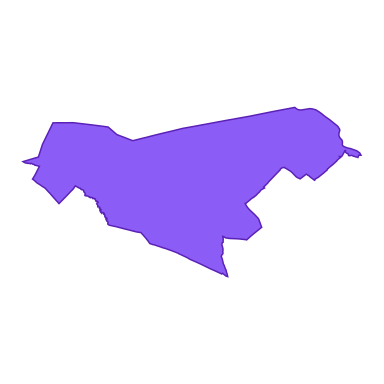 outline of Musenita, Suceava, Romania
{"feature_id": "2599482B233708052654", "entity_name": "Musenita", "entity_type": "district", "adm_level": 2, "iso_a3": "ROU", "parent_name": "Romania", "parent_adm1": "Suceava", "projection": "equal_earth", "projection_center": [25.971, 47.952], "detail": "fine", "context": "isolated", "style": "filled", "palette": "violet", "viewbox_px": 384, "rotation_deg": 0, "n_neighbors": 0, "source": "geoboundaries", "source_scale": "gbopen_adm2", "svg_char_len": 5733}
<svg xmlns="http://www.w3.org/2000/svg" viewBox="0 0 384 384"><path d="M177.4,253.0L178.0,253.0L178.3,253.4L178.6,253.7L179.7,254.1L187.7,257.9L189.9,259.3L192.2,260.3L197.2,262.5L200.9,264.2L211.4,269.3L212.5,269.7L221.8,274.0L222.6,273.3L225.9,276.0L227.7,276.6L227.2,274.3L226.4,271.8L226.2,270.7L226.1,270.2L224.9,267.6L224.4,265.9L223.7,264.5L223.1,263.1L223.0,262.0L222.8,261.2L222.5,260.2L222.3,259.0L221.7,257.6L221.3,256.7L221.2,256.3L221.6,255.9L221.9,254.8L222.7,254.1L222.8,253.6L223.0,253.0L222.8,251.6L222.8,251.2L223.0,250.6L222.9,249.9L223.0,249.3L222.9,248.4L222.4,246.5L221.9,244.9L222.2,242.9L222.3,242.7L222.7,242.5L223.1,242.3L223.2,239.1L223.1,238.1L222.7,236.4L223.0,236.4L223.6,236.6L225.2,237.6L225.7,237.9L226.1,238.0L227.0,238.0L228.7,238.4L230.3,238.5L237.4,238.8L239.9,239.0L246.0,239.7L246.7,239.9L251.0,236.0L254.1,233.4L261.7,227.3L261.3,226.3L258.9,219.6L258.6,219.0L258.1,218.2L256.0,216.0L255.2,215.1L251.7,211.8L249.7,209.9L248.5,208.6L247.5,207.4L246.5,205.9L245.2,203.6L245.2,203.4L246.0,203.3L247.4,202.1L251.9,198.3L252.7,197.7L253.2,197.6L253.4,197.5L253.4,197.4L255.9,195.5L258.4,192.9L259.4,192.1L260.1,191.1L260.8,190.2L261.6,189.6L264.5,188.0L263.6,187.2L265.5,185.3L267.0,183.8L268.1,182.7L268.4,182.1L273.0,177.3L278.6,171.5L279.7,170.4L280.1,170.0L280.1,169.7L280.5,169.0L280.9,168.7L281.5,168.3L282.0,167.9L282.5,167.7L283.4,167.6L284.0,167.6L284.4,167.6L284.6,167.5L284.7,167.8L285.9,168.4L290.0,170.9L291.5,172.0L292.7,173.2L294.1,174.7L296.2,176.8L297.5,177.7L298.6,178.1L300.1,178.9L306.4,174.1L308.2,175.5L308.9,175.7L309.2,175.9L309.8,176.7L312.6,178.8L314.5,180.3L315.0,179.9L315.2,179.4L315.2,179.0L315.7,178.8L316.0,178.6L318.3,177.3L324.5,172.3L325.2,171.5L325.8,171.1L326.7,170.5L327.1,170.0L327.3,169.6L327.5,169.0L327.7,168.7L328.0,168.6L328.4,168.4L328.6,168.0L329.5,167.2L332.8,164.6L336.9,160.8L337.8,159.6L339.3,158.4L340.3,157.6L339.5,156.5L341.4,156.7L341.9,156.2L342.8,154.7L344.4,151.8L344.7,150.9L345.2,150.5L345.4,150.5L345.5,150.9L345.4,151.6L345.5,152.0L345.6,152.3L345.9,152.6L346.6,153.1L348.0,153.8L348.3,154.1L348.4,154.6L348.4,155.0L348.5,155.3L348.7,155.5L349.1,155.6L349.5,155.7L350.2,155.7L351.2,155.4L351.8,155.4L352.3,155.5L352.7,155.8L353.3,156.2L354.2,156.3L356.0,157.0L357.0,157.1L357.9,157.5L358.7,155.7L358.8,155.2L361.0,155.2L359.7,152.9L356.8,150.8L350.3,148.5L347.6,148.0L344.2,146.7L342.6,145.6L342.3,144.6L342.5,142.0L342.0,140.1L339.8,137.7L338.8,135.3L339.1,132.6L339.8,130.5L339.6,129.2L337.7,126.2L329.5,119.6L324.8,116.3L321.9,113.9L319.3,112.0L315.8,109.8L312.4,108.9L309.8,108.6L304.3,109.5L301.3,110.0L298.6,109.8L296.6,108.9L294.8,107.4L272.6,111.6L249.2,116.3L229.4,119.8L192.2,126.7L182.6,128.4L171.7,131.1L158.2,134.3L132.8,140.7L116.9,134.6L108.1,127.0L98.4,125.7L87.8,124.4L73.2,122.7L53.0,122.8L42.5,144.3L38.4,157.0L23.0,161.6L24.4,162.5L25.6,163.0L26.2,163.0L26.5,163.1L27.2,163.1L27.4,163.4L28.1,163.4L28.3,163.3L28.6,163.3L29.6,163.5L30.5,163.8L30.9,163.5L31.2,163.3L31.6,163.4L32.5,164.1L33.2,164.2L33.9,164.5L34.6,164.8L34.9,165.2L35.0,165.3L35.4,165.2L36.1,165.5L36.7,165.6L37.0,165.6L37.3,165.7L37.5,165.8L37.9,165.8L38.6,166.2L39.0,166.2L39.4,166.3L35.7,173.7L34.6,175.7L32.5,179.1L33.3,179.6L34.6,180.7L35.7,181.7L36.5,182.5L37.0,182.9L40.5,185.1L41.0,185.5L41.6,185.9L42.6,186.6L44.6,187.8L45.2,188.3L46.9,190.1L48.7,192.1L49.8,193.2L54.0,198.0L54.5,198.5L55.4,199.6L56.9,201.2L59.0,203.6L67.9,194.5L71.4,190.8L72.3,190.0L73.5,188.6L75.3,185.9L75.5,186.0L77.3,187.0L78.1,187.5L78.8,187.8L79.5,188.2L80.4,188.3L80.6,188.4L80.8,189.1L81.1,189.4L81.8,189.7L82.2,189.7L82.6,189.9L83.0,190.0L83.4,190.2L83.6,190.4L83.7,190.9L83.8,191.1L83.8,191.6L83.8,191.8L84.1,192.0L84.4,192.4L84.6,192.5L85.1,193.3L85.0,194.6L85.5,195.0L85.3,195.2L84.9,195.4L84.9,195.5L85.1,195.7L85.5,195.8L85.9,195.8L86.2,195.7L86.7,196.0L87.0,196.0L87.8,196.0L88.2,196.3L88.6,196.7L88.9,196.7L89.2,196.7L89.4,196.8L89.7,197.4L90.1,197.5L90.4,197.7L90.6,197.7L91.0,197.5L91.5,197.4L91.7,197.5L92.0,197.7L92.3,197.7L92.6,197.7L92.8,197.9L92.7,198.3L92.8,198.6L93.1,198.6L93.4,198.6L93.9,198.4L94.1,198.4L95.1,198.8L95.0,199.2L95.0,199.4L95.3,199.5L95.5,200.0L95.6,200.4L95.8,200.5L96.1,200.7L96.1,200.9L96.0,201.3L96.2,201.5L96.6,201.7L96.9,201.6L97.6,201.4L97.7,201.6L97.8,201.7L98.0,202.0L98.1,202.3L98.0,202.5L97.9,202.8L97.1,203.3L96.9,203.6L96.7,203.8L97.6,205.2L98.0,205.8L97.7,206.6L97.7,206.8L97.8,206.9L98.3,207.0L98.8,206.9L99.2,207.0L99.7,207.3L99.7,207.6L99.4,208.5L99.5,208.7L100.0,208.7L99.9,209.0L99.9,209.3L100.0,209.5L100.4,209.6L101.0,209.6L101.1,210.0L100.9,210.3L100.1,210.1L99.9,210.6L100.0,210.8L100.3,211.0L100.3,211.4L100.4,211.6L100.7,211.6L100.8,211.7L100.8,212.0L100.9,212.5L101.0,212.6L101.3,212.6L101.6,212.4L101.8,212.3L101.9,212.5L101.9,212.9L102.0,212.8L102.3,212.8L102.5,212.9L102.7,213.0L103.4,212.7L103.6,212.7L103.9,213.1L104.2,213.5L104.3,213.7L104.0,213.9L103.8,214.0L103.7,214.2L103.8,214.3L104.7,214.7L104.8,215.0L104.6,215.2L105.0,216.1L104.9,216.4L104.8,216.6L104.9,216.9L105.5,217.3L105.5,217.7L105.6,218.0L106.1,218.4L106.3,218.3L106.5,218.0L106.9,218.1L107.0,218.3L107.0,218.7L106.9,219.1L106.7,219.3L106.4,219.4L106.2,219.4L106.0,219.6L106.3,220.0L106.5,220.3L106.9,220.8L106.9,221.2L107.3,221.5L107.8,221.5L107.8,222.1L108.0,222.9L107.9,223.1L107.8,223.3L107.9,223.7L107.8,224.0L108.0,224.4L108.1,224.5L108.7,224.9L109.7,225.3L116.2,226.7L122.6,228.4L136.4,231.9L140.9,232.6L143.0,234.9L146.4,238.8L146.6,239.3L147.6,240.4L149.1,242.5L149.5,243.2L149.8,243.5L150.4,243.8L151.6,244.1L152.2,244.4L152.5,244.5L154.1,244.8L157.7,246.0L161.3,247.2L162.9,247.8L163.7,248.0L165.8,248.6L168.2,249.5L172.2,250.9L173.9,251.6L175.9,252.3L177.4,253.0Z" fill="#8b5cf6" stroke="#5b21b6" stroke-width="1.5"/></svg>